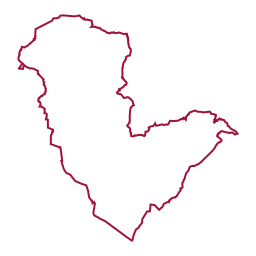 the district of Takhli, Nakhon Sawan, Thailand
{"feature_id": "78962969B90565511373435", "entity_name": "Takhli", "entity_type": "district", "adm_level": 2, "iso_a3": "THA", "parent_name": "Thailand", "parent_adm1": "Nakhon Sawan", "projection": "orthographic", "projection_center": [100.411, 15.253], "detail": "fine", "context": "isolated", "style": "outline", "palette": "rose", "viewbox_px": 256, "rotation_deg": 0, "n_neighbors": 0, "source": "geoboundaries", "source_scale": "gbopen_adm2", "svg_char_len": 5728}
<svg xmlns="http://www.w3.org/2000/svg" viewBox="0 0 256 256"><path d="M237.5,133.7L236.0,131.6L233.6,130.1L231.4,129.1L229.7,127.4L228.7,126.0L227.7,125.8L227.2,123.2L225.1,121.9L224.1,120.1L222.8,119.8L222.5,119.6L221.4,119.8L221.1,119.4L221.2,119.1L220.9,119.0L219.4,119.5L219.2,118.7L217.9,119.8L217.2,120.1L217.1,121.0L216.5,121.0L216.2,120.3L215.4,120.7L215.5,121.3L215.0,121.5L215.3,121.6L215.2,121.9L214.3,122.6L214.2,122.3L214.5,121.8L214.1,121.3L214.6,120.3L214.4,119.7L214.8,119.6L215.0,118.7L215.5,118.0L215.5,117.4L215.7,116.9L215.4,116.4L216.0,115.6L215.8,114.8L214.1,114.3L210.9,113.7L210.8,112.8L209.6,111.5L209.0,111.8L204.6,112.2L203.4,112.5L201.6,111.9L197.3,111.6L195.2,110.5L189.5,112.5L189.4,113.0L188.8,113.5L188.8,114.3L188.6,114.6L187.7,114.7L187.3,115.7L186.3,116.4L186.0,116.8L185.9,117.2L186.2,117.9L185.8,118.3L185.9,119.2L185.5,119.2L185.5,119.6L185.2,119.3L185.5,118.9L185.1,118.8L185.0,118.6L184.2,118.7L184.3,118.4L183.9,117.8L183.7,118.1L183.1,118.0L182.4,119.3L181.0,118.9L179.3,120.1L177.9,120.7L174.0,121.0L170.0,120.8L168.2,124.3L167.8,124.6L166.9,124.7L166.1,124.4L165.0,124.8L163.6,125.0L162.0,124.4L158.2,125.4L156.0,125.7L155.1,123.4L154.6,124.4L152.9,126.1L151.4,126.3L149.2,127.0L148.8,127.6L149.1,127.8L148.9,128.6L149.2,128.9L149.2,129.5L148.4,130.4L148.0,131.4L146.1,131.5L145.4,131.8L145.5,132.7L145.3,134.4L145.0,134.7L145.0,135.2L144.4,135.5L144.5,135.9L144.1,136.1L142.4,135.1L142.2,135.3L140.3,134.7L139.7,135.1L138.5,135.0L136.5,135.5L134.5,135.4L134.4,136.1L132.9,136.4L131.3,136.1L131.2,134.7L130.7,133.9L131.2,132.8L130.1,131.7L130.0,128.6L128.9,127.2L127.8,126.6L127.2,125.6L129.6,122.7L129.4,122.0L129.6,121.9L129.8,120.3L129.7,115.8L130.3,109.3L130.8,107.4L132.4,106.1L133.1,105.2L133.8,105.1L133.3,104.2L132.7,101.4L131.3,99.9L131.1,99.3L130.3,99.0L128.8,97.5L127.4,97.1L126.2,97.6L125.1,97.7L124.6,98.0L123.9,98.0L121.3,94.6L120.3,94.1L117.2,93.4L116.9,92.8L118.3,91.0L119.8,90.6L119.8,90.0L119.1,89.4L119.1,89.0L119.5,88.8L120.2,88.9L123.5,86.8L123.6,86.5L125.0,84.8L126.0,84.9L126.7,83.4L126.5,82.3L125.7,81.7L125.3,81.0L124.7,80.7L124.5,80.1L124.0,79.5L123.3,79.3L122.9,77.9L122.1,77.8L121.9,77.3L122.4,76.5L122.5,74.8L122.3,68.3L122.6,68.2L122.9,67.1L122.8,65.9L123.6,62.6L124.1,61.9L124.7,61.7L125.0,61.0L125.0,60.2L125.9,59.4L125.9,57.3L127.8,55.9L129.8,55.5L130.9,51.0L130.5,49.4L130.6,48.8L130.0,48.4L129.7,47.7L129.3,47.6L128.7,46.0L128.6,44.0L128.2,43.4L128.3,42.1L128.0,41.1L128.3,40.2L128.0,39.8L128.2,39.1L127.8,38.7L128.0,38.2L127.7,37.7L128.0,37.4L127.8,36.9L127.5,37.0L126.9,36.1L127.2,34.7L127.1,34.0L126.8,33.7L126.2,33.7L125.3,34.0L123.2,33.9L119.1,32.5L116.9,33.0L115.4,33.1L113.5,32.2L113.0,32.8L110.7,32.6L110.2,33.2L109.0,33.3L108.6,32.8L107.1,32.8L104.6,30.8L103.8,30.8L102.3,29.8L101.1,29.5L100.1,28.1L99.5,28.2L98.1,27.6L97.5,27.8L95.3,26.7L95.0,27.1L93.5,26.7L91.5,26.9L91.8,26.6L91.8,26.0L92.6,24.3L92.1,23.8L91.7,22.2L91.8,21.7L91.6,20.7L87.1,19.5L86.6,19.8L84.9,19.6L84.3,18.3L83.3,19.1L81.9,17.7L81.0,17.3L79.5,15.5L74.6,16.4L63.5,15.4L60.4,15.6L59.5,16.6L59.4,17.2L58.5,17.7L55.7,18.4L54.5,18.2L53.2,18.5L52.9,18.8L52.4,20.2L51.8,20.8L35.9,29.0L35.6,29.1L35.3,33.4L35.4,36.5L34.9,36.6L35.3,38.3L33.9,39.0L34.6,39.8L33.3,40.5L30.9,42.9L29.8,43.6L27.6,45.8L26.6,46.4L25.6,46.6L24.5,47.5L21.9,46.8L21.2,49.9L20.6,49.7L19.4,52.8L19.2,53.7L19.5,53.9L19.4,54.4L19.6,54.5L19.5,55.3L18.8,56.4L18.5,57.5L18.6,59.7L20.0,61.5L22.8,63.7L21.1,65.3L18.9,68.5L19.4,68.7L19.8,68.6L22.9,68.9L23.1,67.9L24.1,65.1L26.9,67.2L29.0,67.8L29.6,68.3L30.5,68.5L31.8,68.2L34.4,69.1L38.0,71.0L37.8,72.6L38.0,74.2L39.2,74.4L39.2,75.0L39.5,75.4L41.6,77.3L42.6,78.8L43.2,78.9L43.6,79.5L43.2,81.1L43.8,81.6L44.3,82.5L43.6,83.9L43.9,85.0L44.4,85.0L44.6,85.9L44.8,86.1L45.0,86.7L45.3,87.0L45.5,88.4L45.9,88.7L45.6,89.9L45.8,91.3L45.7,91.9L44.8,92.5L45.0,93.5L44.7,94.3L44.2,94.2L43.0,94.9L42.4,95.3L42.0,96.1L41.5,95.9L40.3,96.7L40.3,97.1L40.1,97.4L39.3,97.8L39.0,98.5L38.6,98.5L38.2,100.3L38.4,100.7L38.4,101.1L38.9,101.2L38.9,101.4L39.2,101.5L39.1,101.9L40.1,102.4L40.5,103.2L40.5,104.6L40.1,105.2L40.3,105.8L39.7,106.6L42.0,106.7L42.9,107.6L44.7,108.7L44.8,109.2L44.4,110.6L44.8,111.1L44.7,112.0L44.4,113.2L46.4,113.6L46.7,114.2L46.9,115.1L46.6,116.1L46.5,118.1L46.0,118.2L45.8,118.8L45.8,119.4L47.3,119.5L47.9,119.8L47.9,127.6L53.1,129.8L52.9,131.9L52.1,131.9L51.7,134.3L51.2,134.7L50.9,135.5L50.8,144.1L58.0,146.7L59.5,147.0L59.5,147.6L60.5,147.5L62.2,160.8L61.3,160.9L63.7,168.8L66.0,172.6L66.6,173.1L69.2,174.1L70.9,175.3L72.3,177.5L75.3,181.1L81.6,183.8L86.2,185.3L88.1,190.8L89.0,196.7L89.5,198.0L91.3,200.5L92.0,200.5L92.5,203.3L94.1,202.1L94.9,203.7L93.3,212.9L94.2,215.4L98.5,217.6L100.0,218.7L105.1,221.1L125.9,236.5L131.8,240.6L132.6,239.9L133.5,235.4L136.0,229.5L137.1,228.6L138.1,228.3L139.1,226.6L142.1,222.7L142.2,219.7L142.8,218.3L147.1,211.5L149.9,211.3L150.6,204.5L154.6,205.1L159.1,209.8L162.7,206.6L163.8,203.9L168.1,201.8L169.0,202.1L169.1,200.9L169.5,200.7L169.3,200.3L170.9,199.3L170.9,198.9L172.2,197.9L174.9,197.5L174.9,197.1L176.4,196.6L179.0,192.3L180.6,190.4L180.4,188.4L181.6,188.4L182.6,187.1L182.4,185.5L182.5,185.2L182.3,184.9L182.4,182.8L183.2,182.1L183.3,181.2L183.8,179.8L184.1,179.7L184.4,179.2L186.1,173.2L187.6,171.6L188.7,169.9L189.8,166.8L192.1,166.0L194.2,166.0L199.1,163.7L202.0,161.1L212.1,151.2L214.5,148.3L216.0,145.6L217.9,142.9L219.4,142.2L219.8,142.4L220.1,141.9L221.3,141.1L221.6,140.3L221.4,139.6L217.0,136.0L217.3,135.3L217.6,135.4L218.0,134.3L217.9,133.8L218.7,133.7L218.8,133.3L219.3,132.9L219.2,132.7L219.9,132.4L220.1,132.0L220.6,132.1L221.1,131.3L221.8,131.1L228.1,132.8L228.9,132.6L229.5,133.0L230.4,132.7L232.3,132.6L233.9,133.5L234.7,134.5L237.5,133.7Z" fill="none" stroke="#9f1239" stroke-width="2"/></svg>